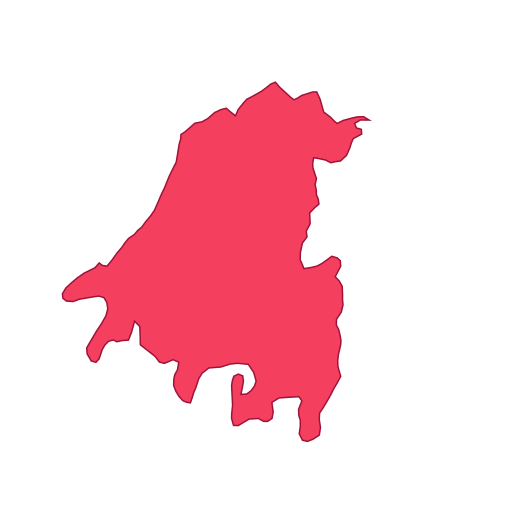 the district of Rolador, Rio Grande do Sul, Brazil, rotated 211°
{"feature_id": "56859067B54223989013555", "entity_name": "Rolador", "entity_type": "district", "adm_level": 2, "iso_a3": "BRA", "parent_name": "Brazil", "parent_adm1": "Rio Grande do Sul", "projection": "natural_earth1", "projection_center": [-54.842, -28.264], "detail": "fine", "context": "isolated", "style": "filled", "palette": "rose", "viewbox_px": 512, "rotation_deg": 211, "n_neighbors": 0, "source": "geoboundaries", "source_scale": "gbopen_adm2", "svg_char_len": 2966}
<svg xmlns="http://www.w3.org/2000/svg" viewBox="0 0 512 512"><g transform="rotate(211 256 256)"><path d="M368.2,228.6L368.8,221.8L370.5,217.2L371.3,212.0L374.3,205.4L375.2,199.4L375.4,194.5L376.6,187.4L377.4,177.8L378.5,170.6L382.8,168.8L386.8,169.3L388.0,162.9L391.3,157.8L394.5,152.8L398.0,145.0L400.5,137.6L402.5,130.6L402.5,123.9L399.7,120.3L395.4,119.7L389.4,122.7L385.2,127.9L381.3,131.3L375.0,136.7L370.1,140.7L365.0,142.0L360.1,139.5L355.8,134.3L353.8,127.2L353.6,118.8L354.0,109.4L353.9,97.1L353.8,90.1L350.3,85.1L343.2,81.2L338.5,82.4L337.5,86.9L339.6,96.6L339.7,101.7L338.5,106.9L335.0,110.6L331.1,110.8L327.3,114.5L322.0,118.2L323.4,126.4L326.5,137.6L319.3,135.7L313.4,126.7L309.4,120.3L294.9,118.5L290.5,117.9L284.1,115.3L279.2,116.8L273.7,124.4L267.5,125.2L264.7,118.0L264.5,112.4L263.0,108.1L260.0,102.7L254.9,98.7L249.8,96.0L244.1,94.3L240.2,94.9L236.6,96.3L237.8,102.0L239.0,106.6L239.7,111.9L241.9,121.4L241.8,127.9L238.8,135.7L233.1,139.8L229.0,142.7L222.5,150.1L216.4,154.6L206.8,159.2L198.0,155.0L191.5,148.9L190.3,143.6L190.9,137.8L192.9,132.9L197.6,129.6L200.0,136.3L202.2,142.0L205.6,146.4L210.3,145.7L213.1,141.5L212.0,136.8L210.2,132.4L199.2,116.0L195.6,108.3L193.3,104.2L188.0,99.2L183.9,101.5L181.7,105.6L177.9,112.7L174.1,115.3L170.2,118.0L164.3,118.2L160.9,120.2L158.6,125.0L160.9,131.1L167.0,138.7L163.2,146.1L159.3,148.9L146.8,157.5L142.1,155.5L140.5,146.4L137.0,141.2L133.5,138.1L130.3,132.8L127.4,125.9L121.3,122.0L116.4,123.6L112.8,128.3L109.5,135.1L112.4,142.2L117.5,148.3L120.6,154.1L120.3,160.7L120.3,169.9L120.5,176.0L121.0,182.2L121.0,188.8L121.4,196.5L126.0,200.7L128.9,203.5L132.1,208.4L134.6,213.9L137.5,223.0L139.5,227.1L142.4,230.6L147.2,235.5L151.6,238.2L154.4,243.2L154.0,251.9L156.2,258.8L159.5,263.4L162.0,267.6L166.4,274.3L171.8,277.5L177.4,279.0L178.2,291.0L181.3,295.3L185.4,296.2L190.9,294.8L193.0,289.6L195.7,283.4L198.6,278.7L202.9,274.5L208.4,269.9L212.7,273.1L216.2,275.5L219.8,282.0L222.9,291.0L222.1,298.7L225.7,303.1L226.2,311.5L232.2,320.6L230.5,327.9L228.8,332.9L231.9,336.8L235.9,339.7L238.2,343.5L242.1,347.6L244.0,353.4L247.8,356.7L252.7,361.0L255.1,364.6L257.2,369.9L253.3,371.5L246.1,374.0L239.8,374.5L236.6,377.7L232.5,381.0L230.2,388.9L231.3,397.2L232.5,402.1L233.1,406.7L228.2,415.0L231.0,418.8L235.9,417.5L239.8,420.4L236.5,426.4L229.0,430.8L235.6,430.8L241.0,427.3L245.7,422.7L251.0,417.2L254.7,411.4L258.7,412.0L263.4,413.3L272.2,414.3L281.6,423.2L288.4,427.9L291.8,425.9L299.5,417.2L301.5,413.1L303.8,409.5L307.7,409.8L323.1,413.0L328.9,415.0L332.0,410.8L333.8,405.7L336.4,399.5L339.7,393.8L342.3,389.3L344.6,385.7L345.6,380.5L346.7,372.5L345.8,365.6L351.5,366.3L357.6,367.3L361.5,363.4L365.3,357.7L368.2,348.8L371.4,343.2L376.8,338.3L380.7,326.1L382.9,321.5L380.8,317.5L379.5,312.4L377.3,306.9L375.2,301.7L372.7,295.3L372.3,289.3L371.5,280.0L370.5,273.3L369.6,267.9L368.8,259.5L367.7,251.8L366.6,242.9L367.0,236.3L368.2,228.6Z" fill="#f43f5e" stroke="#9f1239" stroke-width="1.5"/></g></svg>